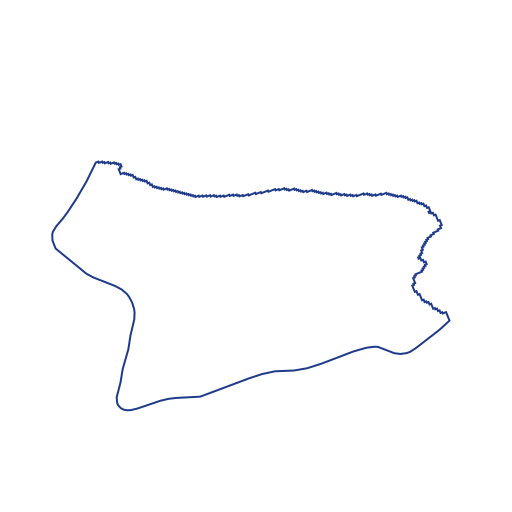 outline of Sabana Grande de Palenque, San Cristóbal, Dominican Republic, rotated 248°
{"feature_id": "3306468B45575096497084", "entity_name": "Sabana Grande de Palenque", "entity_type": "district", "adm_level": 2, "iso_a3": "DOM", "parent_name": "Dominican Republic", "parent_adm1": "San Cristóbal", "projection": "equal_earth", "projection_center": [-70.148, 18.258], "detail": "fine", "context": "isolated", "style": "outline", "palette": "blue", "viewbox_px": 512, "rotation_deg": 248, "n_neighbors": 0, "source": "geoboundaries", "source_scale": "gbopen_adm2", "svg_char_len": 4575}
<svg xmlns="http://www.w3.org/2000/svg" viewBox="0 0 512 512"><g transform="rotate(248 256 256)"><path d="M124.8,411.2L132.8,411.2L132.8,407.6L134.1,407.6L134.1,405.8L136.8,405.8L136.8,404.1L139.4,404.1L139.4,402.3L140.7,402.3L140.7,400.5L146.1,400.5L146.1,398.7L148.7,398.7L148.7,397.8L148.7,396.9L150.1,396.9L150.1,395.1L152.7,395.1L152.7,393.4L159.4,393.4L159.4,391.6L163.3,391.6L163.3,389.8L170.0,389.8L170.0,391.6L171.3,391.6L171.3,393.4L176.6,393.4L176.6,395.1L178.0,395.1L178.0,396.9L179.3,396.9L179.3,404.1L180.6,404.1L180.6,405.8L182.0,405.8L182.0,407.6L183.3,407.6L183.3,409.4L184.6,409.4L184.6,411.2L187.3,411.2L187.3,409.4L189.9,409.4L189.9,407.6L192.6,407.6L192.6,405.8L193.9,405.8L193.9,407.6L195.2,407.6L195.2,409.4L196.6,409.4L196.6,411.2L199.2,411.2L199.2,413.0L201.9,413.0L201.9,414.8L203.2,414.8L203.2,416.6L204.6,416.6L204.6,417.3L204.6,418.3L205.9,418.3L205.9,420.1L207.2,420.1L207.2,421.9L208.5,421.9L208.5,425.5L209.8,425.5L209.8,429.1L211.2,429.1L211.2,434.4L212.5,434.4L212.5,438.0L215.2,438.0L215.2,439.8L220.5,439.8L220.5,438.0L227.1,438.0L227.1,436.2L229.8,436.2L229.8,434.4L231.1,434.4L231.1,432.6L232.4,432.6L232.4,434.4L236.5,434.4L236.5,432.6L239.1,432.6L239.1,430.8L241.8,430.8L241.8,429.1L243.1,429.1L243.1,427.3L244.4,427.3L244.4,425.5L247.1,425.5L247.1,423.7L248.4,423.7L248.4,421.9L249.7,421.9L249.7,420.1L251.1,420.1L251.1,418.3L253.7,418.3L253.7,416.6L255.0,416.6L255.0,414.8L256.4,414.8L256.4,413.0L257.7,413.0L257.7,409.4L259.1,409.4L259.1,407.6L260.4,407.6L260.4,405.8L261.7,405.8L261.7,404.1L263.0,404.1L263.0,402.3L264.3,402.3L264.3,400.5L265.7,400.5L265.7,395.1L267.0,395.1L267.0,389.8L268.3,389.8L268.3,386.2L269.7,386.2L269.7,384.4L271.0,384.4L271.0,382.6L272.3,382.6L272.3,379.1L273.7,379.1L273.7,371.9L275.0,371.9L275.0,368.4L276.3,368.4L276.3,366.5L277.6,366.5L277.6,363.0L279.0,363.0L279.0,361.2L280.3,361.2L280.3,357.6L281.6,357.6L281.6,355.9L283.0,355.9L283.0,354.1L284.3,354.1L284.3,348.7L285.6,348.7L285.6,346.9L286.9,346.9L286.9,345.1L288.3,345.1L288.3,341.6L289.6,341.6L289.6,339.8L290.9,339.8L290.9,338.0L292.3,338.0L292.3,336.2L293.6,336.2L293.6,334.4L294.9,334.4L294.9,332.6L296.2,332.6L296.2,327.3L297.6,327.3L297.6,323.7L298.9,323.7L298.9,321.9L300.2,321.9L300.2,320.1L301.6,320.1L301.6,318.4L302.9,318.4L302.9,316.6L304.2,316.6L304.2,311.2L305.6,311.2L305.6,309.4L306.9,309.4L306.9,307.6L308.2,307.6L308.2,302.3L309.5,302.3L309.5,298.7L310.9,298.7L310.9,291.6L312.2,291.6L312.2,284.4L313.5,284.4L313.5,279.1L314.9,279.1L314.9,271.9L316.2,271.9L316.2,269.6L316.2,266.6L317.5,266.6L317.5,263.0L318.8,263.0L318.8,261.2L320.2,261.2L320.2,257.7L321.5,257.7L321.5,254.1L322.8,254.1L322.8,248.7L324.2,248.7L324.2,245.2L325.5,245.2L325.5,241.6L326.8,241.6L326.8,239.8L328.1,239.8L328.1,236.2L329.5,236.2L329.5,232.7L330.8,232.7L330.8,229.1L332.1,229.1L332.1,225.5L333.4,225.5L333.4,221.9L334.8,221.9L334.8,220.2L336.1,220.2L336.1,218.4L337.5,218.4L337.5,216.6L338.8,216.6L338.8,214.8L340.1,214.8L340.1,213.0L341.4,213.0L341.4,211.2L342.7,211.2L342.7,209.4L344.1,209.4L344.1,207.7L345.4,207.7L345.4,205.9L346.8,205.9L346.8,204.1L348.1,204.1L348.1,202.3L349.4,202.3L349.4,200.5L350.7,200.5L350.7,198.8L352.1,198.8L352.1,195.2L353.4,195.2L353.4,193.4L354.7,193.4L354.7,191.6L356.0,191.6L356.0,189.8L357.4,189.8L357.4,188.0L358.7,188.0L358.7,186.2L361.4,186.2L361.4,184.5L364.0,184.5L364.0,182.7L366.7,182.7L366.7,180.9L368.0,180.9L368.0,179.1L369.4,179.1L369.4,177.3L370.7,177.3L370.7,175.5L372.0,175.5L372.0,173.7L374.6,173.7L374.6,172.0L377.3,172.0L377.3,170.2L378.6,170.2L378.6,168.4L380.0,168.4L380.0,166.6L381.3,166.6L381.3,164.8L382.6,164.8L382.6,161.2L387.3,161.2L387.9,161.2L387.9,163.0L389.3,163.0L389.3,164.8L391.9,164.8L391.9,163.0L393.3,163.0L393.3,161.2L394.6,161.2L394.6,159.5L395.9,159.5L395.9,155.9L397.2,155.9L397.2,154.1L398.6,154.1L398.6,150.5L399.9,150.5L399.9,148.7L401.2,148.7L401.2,145.2L402.6,145.2L402.6,143.2L402.6,142.4L388.8,127.0L376.3,110.9L367.2,97.7L363.2,91.2L358.3,81.8L354.5,76.7L352.0,75.0L346.5,73.1L338.0,73.0L303.0,92.2L297.2,97.0L281.2,113.9L275.4,118.8L269.1,122.1L265.8,123.0L259.0,123.7L252.3,123.1L249.0,122.2L242.8,119.4L229.3,109.8L217.3,102.7L201.2,90.1L189.5,83.0L177.2,73.9L171.6,72.2L168.8,72.4L165.9,73.5L163.3,75.5L161.4,78.4L160.1,81.7L159.0,88.8L157.6,113.2L156.3,121.6L154.3,128.8L146.5,151.5L145.2,203.1L144.3,217.1L142.0,230.4L135.6,248.3L132.8,261.2L131.7,275.8L131.0,310.2L129.6,323.9L127.5,331.9L125.9,335.2L114.1,347.8L111.1,353.1L109.5,359.4L109.4,362.8L110.6,369.3L118.9,398.7L123.6,411.2L124.8,411.2Z" fill="none" stroke="#1e3a8a" stroke-width="2"/></g></svg>